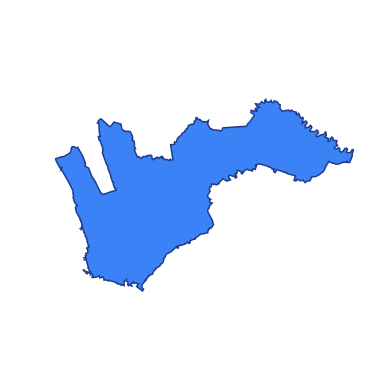 the district of NCR, Third District, Valenzuela, Philippines, rotated 19°
{"feature_id": "2640588B11276327116073", "entity_name": "NCR, Third District", "entity_type": "district", "adm_level": 2, "iso_a3": "PHL", "parent_name": "Philippines", "parent_adm1": "Valenzuela", "projection": "mercator", "projection_center": [120.97, 14.71], "detail": "fine", "context": "isolated", "style": "filled", "palette": "blue", "viewbox_px": 384, "rotation_deg": 19, "n_neighbors": 0, "source": "geoboundaries", "source_scale": "gbopen_adm2", "svg_char_len": 6019}
<svg xmlns="http://www.w3.org/2000/svg" viewBox="0 0 384 384"><g transform="rotate(19 192 192)"><path d="M52.2,205.0L53.5,206.9L58.9,211.9L59.6,212.3L60.6,211.3L60.6,212.2L61.6,211.0L60.4,212.9L61.3,213.3L61.2,213.8L61.5,213.5L71.7,222.4L79.2,229.7L80.0,232.4L81.2,233.9L81.3,235.6L83.2,238.7L85.8,241.2L87.8,241.9L87.6,242.3L88.1,242.1L87.0,243.3L87.0,245.0L89.0,248.3L95.2,254.1L95.0,254.4L96.8,255.8L96.6,256.3L97.9,257.2L98.2,258.4L99.0,258.8L98.9,260.6L100.2,261.2L97.6,263.4L99.2,262.2L99.6,263.4L100.2,262.5L101.9,263.6L103.1,265.7L103.6,265.4L105.0,267.0L105.3,268.4L107.2,269.9L109.8,274.2L112.3,276.9L112.2,277.7L110.9,276.2L112.1,277.9L110.6,279.4L112.1,280.6L113.2,282.8L113.1,283.5L111.5,284.6L112.6,286.3L111.8,287.0L112.7,288.5L110.5,290.0L112.8,288.6L113.8,290.0L111.7,291.6L113.9,290.3L118.8,297.5L117.8,298.3L118.9,297.6L120.8,300.4L121.8,300.6L121.2,300.9L121.3,301.7L120.6,301.8L115.2,301.3L115.0,300.8L114.6,301.2L115.5,301.8L115.5,301.4L119.0,301.7L118.9,302.8L117.9,302.7L117.8,303.1L119.0,303.4L120.3,303.2L119.0,303.1L119.2,301.8L122.5,302.1L122.8,302.9L123.0,302.0L124.2,302.1L124.5,302.7L125.1,302.6L125.2,305.0L125.8,304.4L126.4,305.1L129.4,303.5L131.6,301.4L132.8,303.2L135.7,301.2L137.6,304.0L138.1,303.3L142.1,303.2L142.1,302.6L150.3,302.2L150.2,302.7L151.6,303.1L154.6,302.7L155.3,303.2L155.5,302.6L158.4,302.6L156.9,298.8L158.2,296.6L158.2,297.4L160.7,298.1L161.7,301.0L162.7,301.2L163.0,300.4L165.7,300.4L164.3,299.0L165.1,297.4L166.3,297.3L165.5,296.4L165.9,296.0L166.7,296.5L171.3,296.3L170.4,299.4L177.5,301.7L177.8,299.6L176.3,299.1L174.8,296.1L177.2,290.3L176.5,290.4L177.8,287.8L178.0,286.1L178.8,285.7L178.8,284.5L181.4,282.6L181.3,280.9L182.1,277.6L182.9,277.1L182.5,276.2L185.7,272.4L185.9,270.1L186.7,269.7L187.4,267.9L187.4,265.2L186.8,263.7L187.8,262.6L187.9,259.2L191.6,255.4L195.4,248.3L195.8,249.7L197.2,249.5L197.0,246.6L198.6,246.2L202.2,243.7L202.0,243.2L203.6,242.1L204.3,240.7L205.8,241.6L206.5,241.0L206.7,239.9L206.1,238.8L208.9,236.1L210.9,235.3L209.6,235.3L214.4,228.5L216.7,227.8L218.1,226.4L220.2,225.5L219.8,224.1L219.8,222.4L220.4,222.1L220.0,220.6L221.7,220.1L222.9,216.3L223.0,215.6L221.6,214.4L221.0,212.7L213.4,205.6L212.6,203.3L213.5,201.3L213.0,199.7L214.7,195.8L212.2,195.9L211.7,194.2L211.1,193.8L212.0,192.9L209.5,192.2L208.4,191.4L207.8,190.0L208.8,185.5L208.4,185.5L207.0,181.9L208.2,181.2L208.3,177.7L209.9,177.9L210.4,177.3L213.0,177.2L214.0,175.5L214.7,175.6L215.1,172.7L216.2,171.3L216.6,169.3L221.2,170.4L224.4,168.0L221.8,166.1L221.9,163.7L225.3,163.8L227.4,163.2L228.1,164.6L229.4,164.0L229.0,162.4L227.0,161.3L226.9,160.6L228.3,160.1L228.3,158.7L227.6,158.1L228.0,156.5L232.7,157.0L232.4,158.2L233.5,158.5L235.0,154.4L236.5,152.7L242.2,152.5L242.1,150.2L244.4,150.1L244.4,146.7L244.1,147.1L243.2,145.7L246.4,143.4L254.6,143.0L259.6,143.4L260.0,144.1L261.0,144.2L262.1,143.6L262.3,145.7L263.5,146.5L264.5,146.4L264.5,143.4L272.1,143.1L272.4,143.5L273.6,142.9L274.5,143.3L275.8,143.1L275.9,143.6L283.4,143.1L284.6,143.3L284.6,147.8L286.7,147.8L286.7,146.0L291.4,146.0L293.0,144.6L295.9,146.3L297.4,144.1L299.8,143.1L300.4,138.7L304.0,137.1L306.3,134.7L309.7,129.5L310.4,123.1L311.6,118.6L316.0,119.1L317.1,118.4L319.0,119.0L321.9,117.5L325.4,114.6L328.1,113.8L328.5,112.5L329.1,113.4L331.5,112.8L331.8,106.0L331.1,103.6L331.0,99.9L330.4,99.4L329.7,99.8L329.0,102.9L327.1,104.1L325.0,104.0L325.1,101.0L324.0,100.2L322.3,101.2L321.6,104.4L320.0,105.8L318.4,105.5L317.7,103.1L316.7,102.5L316.0,102.5L315.1,104.0L313.3,104.8L312.2,103.9L312.1,103.1L314.6,100.7L312.6,99.4L312.3,96.2L308.4,97.2L307.6,94.9L306.3,94.5L305.8,95.3L305.7,98.7L304.4,100.0L303.8,98.9L303.9,97.0L299.6,96.6L300.6,94.7L299.0,91.8L298.4,92.0L298.3,94.3L294.2,96.8L293.7,98.2L291.6,99.1L291.2,98.7L291.4,96.8L292.4,94.8L290.7,92.9L289.7,92.8L288.8,94.9L283.8,96.2L283.5,95.6L284.3,92.0L283.4,90.8L282.1,90.5L281.7,92.2L278.3,94.5L277.5,92.9L278.2,88.7L276.5,87.8L274.8,89.4L273.8,91.4L273.0,85.7L272.4,85.5L270.3,86.5L267.5,82.9L266.9,83.0L266.6,84.8L265.9,85.0L265.2,84.4L264.7,82.6L261.0,82.9L259.6,82.1L258.3,84.1L256.9,83.0L250.9,86.2L247.9,84.3L247.1,80.9L246.0,80.8L242.9,78.9L240.0,79.1L240.0,80.9L239.3,81.3L238.1,81.1L236.9,79.7L236.4,81.4L234.0,82.4L232.7,82.0L231.6,80.4L231.0,81.9L231.8,83.8L231.4,84.6L228.4,84.0L227.4,87.0L223.4,87.9L225.2,89.6L228.0,90.0L224.7,92.4L224.9,93.1L226.9,93.5L226.9,94.7L221.4,95.5L221.9,97.8L225.3,98.3L225.9,99.6L223.8,106.9L222.6,109.3L222.1,112.1L200.8,121.1L200.3,121.5L200.4,122.5L199.5,125.0L197.2,124.9L191.1,126.5L189.7,125.7L188.7,126.3L186.5,124.5L184.6,122.3L184.3,119.1L182.9,121.2L182.3,121.0L180.0,121.7L179.9,122.1L175.9,121.5L176.0,120.9L173.2,121.1L172.3,120.0L171.5,120.8L172.3,122.5L171.0,124.7L171.9,126.0L170.5,128.0L169.3,128.1L166.9,130.5L167.5,132.4L166.2,133.8L166.3,135.2L165.2,136.7L165.5,137.8L164.0,138.9L163.0,142.2L160.9,145.4L160.8,150.0L159.2,150.4L160.0,152.6L156.4,154.3L163.4,167.6L162.8,168.5L161.8,168.7L160.9,168.0L159.9,169.8L158.2,169.3L155.5,170.3L152.1,168.0L151.7,168.3L152.9,169.6L150.8,169.1L150.1,170.7L147.9,170.3L147.4,171.7L146.5,171.6L145.8,172.7L144.2,173.5L144.3,174.0L143.2,173.3L142.2,171.0L140.8,170.6L137.3,172.5L137.4,173.4L134.2,174.3L133.6,176.7L129.9,175.9L128.9,176.6L123.7,170.9L123.6,170.4L124.6,169.5L122.8,167.7L121.1,163.3L120.1,162.5L118.6,162.9L118.7,161.4L117.6,158.6L114.1,155.2L111.5,155.3L110.4,156.2L106.1,155.9L105.1,155.2L102.7,150.9L95.4,151.3L94.0,155.7L93.3,156.6L92.1,156.8L83.0,152.7L81.5,152.7L80.4,155.1L80.1,157.6L81.4,157.1L85.2,166.3L87.1,169.0L85.3,170.0L87.5,173.3L88.0,172.9L92.9,179.1L94.2,181.6L94.5,184.1L102.0,193.5L103.7,194.8L105.2,197.6L108.7,201.5L111.2,205.4L114.1,208.8L114.4,208.5L115.1,210.4L117.2,213.1L117.8,213.7L118.4,213.4L119.7,214.9L108.4,223.5L105.3,221.9L97.3,213.8L92.0,209.6L86.4,203.0L82.4,202.4L82.1,200.0L81.0,198.3L76.9,193.6L69.5,187.0L69.4,187.6L68.4,188.2L66.0,187.5L64.0,188.3L63.6,189.9L64.4,193.3L63.4,195.4L59.4,200.1L56.1,201.9L52.2,205.0Z" fill="#3b82f6" stroke="#1e3a8a" stroke-width="1.5"/></g></svg>